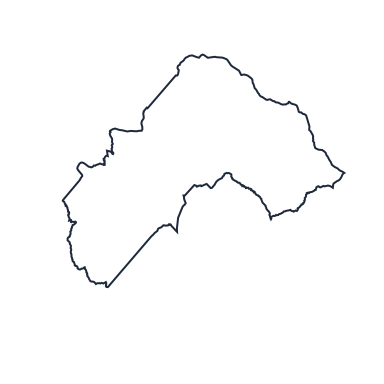 Yantzaza, Zamora Chinchipe, Ecuador, rotated 131°
{"feature_id": "8360857B42265273644391", "entity_name": "Yantzaza", "entity_type": "district", "adm_level": 2, "iso_a3": "ECU", "parent_name": "Ecuador", "parent_adm1": "Zamora Chinchipe", "projection": "mercator", "projection_center": [-78.581, -3.714], "detail": "fine", "context": "isolated", "style": "outline", "palette": "slate", "viewbox_px": 384, "rotation_deg": 131, "n_neighbors": 0, "source": "geoboundaries", "source_scale": "gbopen_adm2", "svg_char_len": 6045}
<svg xmlns="http://www.w3.org/2000/svg" viewBox="0 0 384 384"><g transform="rotate(131 192 192)"><path d="M158.0,281.5L162.6,281.4L162.6,281.2L163.2,280.9L164.5,280.5L167.5,277.2L168.4,276.7L171.0,276.4L172.5,275.8L173.7,274.9L175.4,272.3L176.8,271.0L177.4,270.5L178.8,270.2L180.2,271.8L182.7,273.8L186.0,278.2L188.8,280.6L190.9,284.6L192.8,287.6L194.6,291.7L196.7,293.1L199.7,294.0L200.2,293.7L200.1,293.0L200.4,292.6L201.7,292.5L202.1,292.3L203.1,290.6L204.2,287.3L205.3,286.2L206.7,285.3L207.7,283.3L209.4,283.3L210.0,282.2L210.7,281.4L212.0,281.2L212.3,280.5L213.2,280.0L213.9,278.5L214.1,277.2L214.5,276.7L215.2,276.5L215.4,277.3L214.9,278.6L215.0,280.1L216.6,283.3L220.1,279.2L220.3,279.9L221.1,280.6L222.5,280.6L223.6,280.2L225.0,280.5L225.5,279.6L226.0,279.3L226.0,278.5L226.7,277.9L226.3,277.9L226.6,277.6L228.8,276.7L228.2,276.2L228.7,275.7L229.5,276.2L229.6,277.5L230.3,278.4L230.7,279.9L231.0,280.2L233.1,281.1L234.2,282.0L235.6,282.2L236.4,283.5L238.0,283.4L239.5,284.2L240.1,285.7L240.7,286.6L241.0,291.8L241.6,293.9L242.5,295.0L244.5,295.5L248.4,294.7L249.6,293.9L250.2,292.4L251.2,286.1L251.9,285.3L255.0,285.0L256.8,284.5L282.4,284.1L282.7,283.8L283.2,283.9L283.5,283.6L283.3,281.8L284.4,280.0L284.3,279.2L284.7,279.1L284.7,277.9L285.4,277.9L285.2,276.7L285.5,275.8L286.3,275.0L287.0,273.7L288.2,272.6L287.8,271.9L288.1,271.3L289.2,270.4L289.7,270.3L290.1,270.6L291.0,270.0L291.1,269.3L291.7,268.7L292.4,266.8L294.1,266.0L292.8,265.3L292.6,264.9L294.0,263.7L294.0,263.3L292.8,262.8L292.2,261.6L290.9,260.6L290.9,259.8L291.7,259.4L294.0,259.7L295.2,260.4L295.7,260.0L297.1,259.8L297.9,259.1L299.1,259.0L300.2,257.9L301.8,257.8L302.6,256.7L303.8,255.9L304.9,255.8L305.4,255.2L306.7,255.1L307.1,255.5L307.9,255.6L308.8,255.3L310.1,254.1L310.2,251.4L310.7,250.6L311.4,250.2L311.6,249.0L312.3,247.8L314.0,246.8L314.4,245.7L315.0,245.1L316.7,244.3L317.8,243.0L318.0,242.2L319.9,240.5L320.5,239.2L321.2,238.6L321.2,238.0L322.6,236.6L322.3,235.2L323.6,233.0L324.3,232.3L324.2,231.5L323.9,231.4L323.5,230.3L323.9,228.9L324.7,228.3L324.6,226.8L324.1,225.8L323.6,225.4L322.3,225.1L321.4,224.2L320.6,223.9L320.1,224.0L319.2,223.6L319.8,222.7L320.3,222.5L320.4,221.2L321.2,219.6L321.9,219.2L322.1,217.8L323.0,217.2L323.2,216.5L324.2,215.8L324.4,214.0L325.2,212.5L325.9,210.4L325.7,209.2L324.7,208.2L324.1,206.6L324.5,204.1L323.2,203.8L322.2,202.7L321.7,202.4L321.1,201.1L319.8,200.5L319.1,198.8L316.5,197.9L317.0,196.9L317.5,196.8L318.1,196.1L318.5,196.0L319.7,195.0L319.5,194.6L319.7,194.1L319.0,193.1L251.4,193.6L250.7,193.3L247.2,193.3L244.2,192.6L242.2,193.4L240.7,193.1L239.3,192.2L237.3,191.8L236.3,191.9L235.5,191.4L234.9,190.0L233.0,188.4L233.0,188.2L232.1,187.9L231.4,188.1L231.3,187.2L230.6,187.0L230.6,186.5L231.0,185.7L231.9,177.1L229.4,179.5L220.5,185.6L209.6,189.3L208.0,189.5L206.6,189.2L205.1,189.3L204.5,189.5L202.8,192.8L201.9,194.0L201.0,194.7L200.2,196.1L199.2,195.1L185.2,194.8L184.5,192.9L184.8,191.9L184.1,191.4L183.2,191.3L181.3,189.7L181.2,189.4L181.5,188.8L181.1,188.5L178.5,187.4L176.3,186.2L176.8,180.5L175.8,179.7L171.8,179.7L168.4,180.4L165.3,180.0L161.8,178.5L160.0,179.0L159.0,178.7L158.3,178.8L157.0,179.4L154.9,178.4L154.6,177.6L153.4,176.6L152.9,174.0L153.1,173.6L154.7,172.4L155.0,170.9L155.5,170.6L155.7,169.6L155.4,169.1L155.6,168.6L155.4,167.2L155.0,166.6L154.8,165.4L155.0,164.9L154.7,164.4L154.8,163.3L153.9,162.2L154.0,160.9L154.4,160.4L154.2,159.0L154.5,158.3L153.6,158.3L153.5,158.0L153.5,157.4L153.9,156.7L153.3,156.3L153.5,155.2L153.1,154.6L153.7,153.9L151.9,152.5L152.2,151.0L151.3,150.3L151.0,149.1L151.9,148.6L151.3,147.6L151.5,146.6L151.1,146.4L150.9,145.5L151.6,145.0L151.0,144.5L151.4,144.0L151.4,143.2L151.9,142.3L151.6,140.7L151.2,139.9L151.5,139.0L151.2,138.7L151.2,137.1L151.9,135.8L151.7,135.2L152.5,134.1L153.8,131.6L154.0,127.6L154.6,127.1L155.0,125.9L155.8,125.0L156.3,122.6L156.3,121.2L156.8,119.7L157.4,118.9L158.5,118.6L158.9,117.5L160.3,115.6L160.8,114.5L160.2,114.6L160.1,115.4L159.5,115.7L158.0,115.5L156.6,115.0L156.4,114.5L155.2,113.5L154.2,113.5L154.2,113.1L152.8,111.8L151.8,111.9L150.4,110.9L149.8,110.6L149.2,110.6L148.2,110.0L146.5,110.0L145.5,109.0L144.6,108.7L142.1,106.7L140.9,106.0L141.0,104.5L140.5,103.5L140.0,103.1L140.0,102.3L138.0,101.7L137.5,100.4L136.0,100.5L135.4,100.8L135.2,101.5L134.8,101.6L133.4,101.0L132.2,100.9L131.2,101.1L130.3,100.9L129.6,101.2L129.4,100.8L128.5,100.4L128.1,100.4L127.2,100.9L126.7,100.5L125.4,100.9L124.9,101.6L123.8,101.6L122.7,102.9L121.3,102.9L120.1,103.4L119.4,104.1L118.4,104.1L118.0,104.4L117.4,104.0L117.2,104.5L115.9,103.7L115.7,102.9L114.5,102.7L113.4,101.6L110.5,100.5L109.9,100.7L109.2,100.0L106.7,101.2L105.5,100.9L104.6,100.2L104.7,99.0L104.1,98.0L101.2,96.8L100.8,95.7L97.9,93.6L96.8,91.3L96.4,88.5L93.8,90.3L92.7,90.7L89.0,89.8L87.2,89.0L85.8,88.7L83.3,88.9L80.0,89.9L78.4,89.9L77.7,89.6L77.8,91.0L78.8,94.9L78.7,97.7L79.5,100.8L79.7,104.2L78.3,107.0L77.6,109.7L76.7,111.7L76.2,113.1L76.0,114.6L74.8,116.7L74.6,118.4L74.9,121.3L77.0,124.2L78.0,127.7L76.5,130.3L74.6,132.3L74.1,134.3L73.0,134.7L72.2,135.8L70.5,137.1L69.7,138.5L68.3,142.5L68.3,144.3L65.8,146.1L65.2,146.8L59.8,155.3L59.3,156.3L59.5,158.2L60.3,159.5L60.2,161.7L61.0,162.5L61.4,164.0L59.1,167.5L58.1,169.6L58.3,171.1L60.1,175.0L60.1,177.7L60.5,178.1L61.9,177.6L63.3,178.4L64.4,178.6L65.6,180.1L66.5,180.8L67.3,182.4L67.6,184.1L68.2,186.1L69.2,187.2L69.5,188.3L69.4,189.4L70.3,190.7L70.7,193.7L71.9,194.9L72.9,195.4L73.6,196.4L74.2,201.4L74.8,202.9L74.6,204.7L74.1,205.6L73.9,207.3L72.7,210.6L72.5,212.8L70.2,216.4L69.9,217.6L67.8,220.0L67.3,221.4L67.5,225.7L68.0,227.5L69.2,229.8L71.4,231.6L69.6,236.1L70.7,243.4L70.8,245.7L69.2,251.4L69.1,253.1L70.5,257.0L74.5,262.4L74.9,263.4L80.3,268.1L80.8,272.8L81.3,274.1L82.9,274.8L86.0,274.8L87.1,276.9L88.8,281.5L91.1,283.4L93.3,284.1L94.5,284.8L96.3,284.9L98.4,284.6L102.0,285.4L104.1,284.7L105.6,285.3L106.2,285.2L107.3,284.8L108.0,284.2L108.4,283.5L108.7,281.9L112.3,279.8L113.6,279.6L114.1,279.7L114.5,280.6L114.8,280.7L157.9,280.5L158.0,281.5Z" fill="none" stroke="#1e293b" stroke-width="2"/></g></svg>